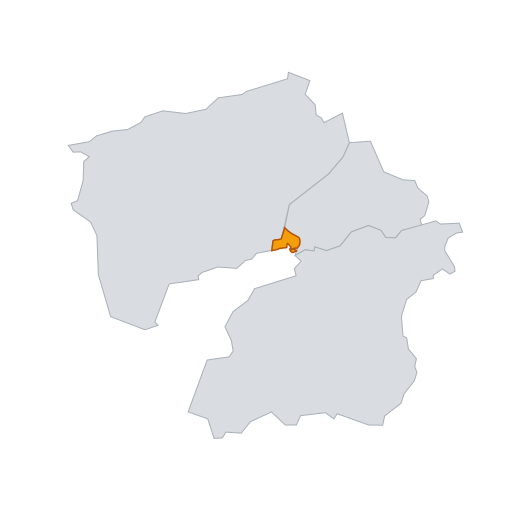 Kuwait shown with its bordering countries, rotated 98°
{"feature_id": "KWT", "entity_name": "Kuwait", "entity_type": "country or territory", "adm_level": 0, "iso_a3": "KWT", "parent_name": "Asia", "parent_adm1": "", "projection": "equal_earth", "projection_center": [47.815, 29.315], "detail": "fine", "context": "with_neighbors", "style": "filled", "palette": "amber", "viewbox_px": 512, "rotation_deg": 98, "n_neighbors": 3, "source": "natural_earth", "source_scale": "50m", "svg_char_len": 2935}
<svg xmlns="http://www.w3.org/2000/svg" viewBox="0 0 512 512"><g transform="rotate(98 256 256)"><path d="M130.8,179.3L126.4,158.7L154.8,141.3L160.1,121.2L159.3,109.2L166.2,105.1L172.8,94.9L178.2,92.4L192.5,94.5L196.8,98.6L202.8,95.9L210.6,115.5L218.7,120.4L219.6,130.1L213.2,135.8L210.2,148.9L218.8,164.8L234.3,174.1L240.9,186.9L238.8,199.2L242.9,199.2L243.0,208.3L250.1,217.3L233.9,215.0L224.4,231.5L200.4,230.2L164.7,195.7L146.0,183.8L130.8,179.3Z" fill="#d9dde1" stroke="#a8b0b8" stroke-width="1"/><path d="M250.1,217.3L243.0,208.3L242.9,199.2L238.8,199.2L240.9,186.9L234.3,174.1L218.8,164.8L210.2,148.9L213.2,135.8L219.6,130.1L218.7,120.4L210.6,115.5L196.2,82.8L198.7,77.8L195.2,59.3L203.6,54.7L205.4,60.8L211.5,68.2L219.9,70.3L224.4,69.9L238.8,58.0L243.4,56.8L247.0,61.5L242.8,69.5L250.5,78.0L253.6,77.2L257.5,89.1L269.3,92.5L278.0,100.8L295.7,103.6L314.9,99.2L316.0,95.4L326.8,92.2L335.3,82.9L343.6,83.4L348.8,80.4L357.7,81.9L371.7,90.1L381.6,91.9L396.6,106.4L405.9,107.0L407.7,120.9L400.9,153.7L406.5,156.2L401.5,165.4L407.9,189.6L417.7,192.5L419.3,203.5L408.3,219.0L420.8,238.4L433.5,246.0L434.6,261.3L440.9,264.1L442.4,272.1L424.0,281.1L419.8,301.5L365.8,289.9L359.6,268.5L353.3,265.4L343.4,268.5L330.4,276.9L314.4,271.1L301.0,257.8L288.5,252.8L270.0,213.5L263.1,216.3L254.9,210.6L250.1,217.3Z" fill="#d9dde1" stroke="#a8b0b8" stroke-width="1"/><path d="M74.8,227.1L89.0,229.8L98.1,218.4L108.0,216.0L110.3,210.3L114.6,207.4L102.5,190.3L130.8,179.3L146.0,183.8L164.7,195.7L200.4,230.2L235.9,233.2L239.1,241.4L248.2,241.0L253.3,255.9L259.7,259.8L262.0,265.9L270.9,273.3L272.2,292.2L279.8,307.1L283.8,310.6L287.4,309.4L295.7,338.1L335.6,347.0L338.2,343.3L344.5,355.8L336.3,391.5L296.4,409.5L257.9,416.4L245.4,424.5L235.8,443.4L229.5,446.4L226.1,440.4L205.5,437.7L186.4,439.7L180.9,435.0L177.3,443.9L178.6,451.5L172.6,457.3L166.0,436.9L159.1,430.5L152.2,415.4L148.6,400.7L139.6,388.4L133.7,385.5L125.2,368.4L124.7,345.5L117.6,325.9L104.6,315.4L98.0,292.3L94.3,288.3L76.1,249.4L69.6,249.5L74.8,227.1Z" fill="#d9dde1" stroke="#a8b0b8" stroke-width="1"/><path d="M248.5,241.1L246.3,241.2L243.5,241.2L241.2,241.2L238.6,241.3L237.4,239.6L237.1,237.9L236.6,236.0L235.5,233.4L231.7,232.8L229.7,232.4L226.4,231.9L223.9,231.6L226.0,228.8L227.0,227.3L228.7,224.0L229.6,221.7L230.5,219.1L231.3,217.1L231.4,216.7L231.9,216.0L232.8,215.3L234.2,214.7L236.6,214.4L238.2,214.4L238.6,214.4L239.7,214.7L242.5,216.3L242.5,217.0L242.9,218.9L243.8,220.9L244.6,222.6L244.7,223.4L244.0,223.3L243.4,223.0L242.4,222.6L240.5,224.8L239.3,226.1L239.2,226.5L240.8,226.9L242.0,226.9L242.8,226.6L243.5,227.1L243.9,228.5L244.1,229.6L245.2,233.6L246.1,234.9L247.2,237.3L247.6,238.5L247.9,239.6L248.5,241.1ZM246.4,222.5L245.6,222.9L245.1,222.7L244.7,221.8L243.9,219.5L244.3,218.6L244.3,218.3L244.4,218.0L244.6,217.8L244.9,216.7L245.2,216.4L245.7,217.1L247.3,219.8L247.3,220.9L247.2,221.3L246.4,222.5Z" fill="#f59e0b" stroke="#b45309" stroke-width="1.5"/></g></svg>